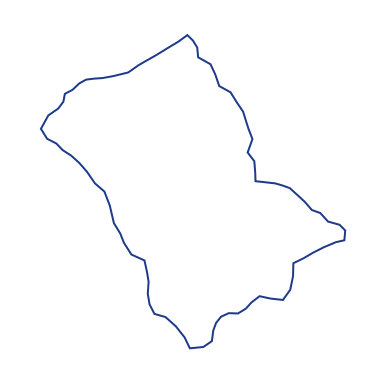 the district of Ibirité, Minas Gerais, Brazil, rotated 185°
{"feature_id": "56859067B8022676764882", "entity_name": "Ibirité", "entity_type": "district", "adm_level": 2, "iso_a3": "BRA", "parent_name": "Brazil", "parent_adm1": "Minas Gerais", "projection": "orthographic", "projection_center": [-44.071, -20.022], "detail": "fine", "context": "isolated", "style": "outline", "palette": "blue", "viewbox_px": 384, "rotation_deg": 185, "n_neighbors": 0, "source": "geoboundaries", "source_scale": "gbopen_adm2", "svg_char_len": 1185}
<svg xmlns="http://www.w3.org/2000/svg" viewBox="0 0 384 384"><g transform="rotate(185 192 192)"><path d="M207.5,65.1L196.4,56.8L186.7,46.5L180.5,36.1L167.2,38.6L159.2,45.2L158.7,56.0L156.6,63.7L152.2,70.3L144.8,74.5L135.6,75.0L128.1,80.6L123.2,87.1L115.6,94.1L104.7,92.7L92.0,92.4L85.6,103.2L84.0,117.0L84.8,129.9L75.4,135.5L66.1,142.1L55.8,148.5L44.4,154.5L36.0,157.2L36.0,167.0L42.1,172.2L53.9,174.4L62.3,182.2L71.0,184.5L79.1,192.3L94.9,204.4L102.5,206.4L109.6,207.8L119.8,208.1L129.7,208.3L130.7,216.8L132.6,228.1L140.0,236.2L136.4,250.0L141.3,260.0L144.5,267.7L148.1,276.5L155.1,285.1L162.3,294.7L174.1,299.9L179.0,311.0L184.7,320.9L197.6,326.7L199.4,336.4L204.3,343.0L210.3,347.9L218.8,340.5L229.0,333.1L240.2,324.8L250.0,318.1L256.5,313.5L266.0,305.5L280.5,300.6L291.1,297.7L299.5,296.4L307.3,294.7L313.8,290.3L319.9,283.4L327.2,278.7L328.0,270.8L332.5,263.5L341.8,255.8L348.0,241.8L341.0,232.4L331.4,228.5L324.4,222.4L315.5,217.7L306.8,211.1L298.3,202.9L289.4,192.1L279.3,184.8L272.8,171.5L267.1,154.2L259.8,144.3L255.4,135.5L246.9,124.4L233.4,119.7L229.8,108.2L227.4,98.8L227.2,86.8L224.5,76.4L218.8,67.3L207.5,65.1Z" fill="none" stroke="#1e3a8a" stroke-width="2"/></g></svg>